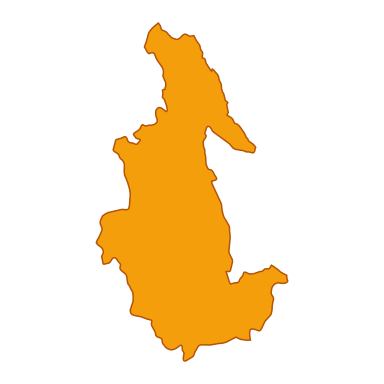 an SVG outline of Ayacucho
{"feature_id": "PER-586", "entity_name": "Ayacucho", "entity_type": "Department", "adm_level": 1, "iso_a3": "PER", "parent_name": "Peru", "parent_adm1": "", "projection": "natural_earth1", "projection_center": [-74.059, -13.878], "detail": "fine", "context": "isolated", "style": "filled", "palette": "amber", "viewbox_px": 384, "rotation_deg": 0, "n_neighbors": 0, "source": "natural_earth", "source_scale": "10m", "svg_char_len": 6027}
<svg xmlns="http://www.w3.org/2000/svg" viewBox="0 0 384 384"><path d="M193.9,35.7L196.2,40.3L199.4,44.8L199.9,45.9L200.4,48.5L200.8,49.7L201.6,51.1L202.2,51.7L202.5,52.4L202.6,54.1L202.2,56.8L202.5,57.9L204.0,58.4L204.9,59.0L205.4,60.4L206.0,63.1L210.5,70.0L211.7,71.1L212.3,69.1L213.6,70.0L217.7,74.8L218.4,76.2L219.1,79.5L219.7,81.2L220.9,83.5L221.3,84.7L221.5,88.3L222.4,91.8L223.4,93.3L224.0,94.9L225.2,99.9L225.6,100.9L227.0,101.6L227.6,102.2L227.8,102.9L227.4,103.2L226.7,104.9L228.3,112.5L227.1,114.6L227.1,115.3L228.5,116.0L231.4,117.8L232.6,119.0L234.3,122.7L234.8,123.3L237.5,124.3L239.9,126.7L244.2,132.9L246.3,137.2L247.9,139.1L248.3,140.4L248.9,141.2L252.9,144.0L255.1,146.4L255.7,147.4L255.3,148.4L254.6,151.3L254.0,152.3L253.2,152.8L252.3,152.8L249.4,152.0L248.3,151.9L246.9,151.9L245.9,151.7L244.2,150.9L243.4,150.7L235.4,149.3L233.0,148.0L229.7,144.1L228.3,142.9L213.8,132.3L212.2,130.7L211.1,128.5L210.0,127.2L209.1,126.5L208.1,126.3L207.3,126.7L206.7,127.4L206.4,128.3L205.8,130.4L205.0,132.1L204.8,133.0L205.1,133.9L206.2,135.9L205.6,137.7L203.7,140.4L203.3,141.8L203.2,143.2L203.6,146.6L203.8,147.5L204.7,149.4L204.8,152.9L205.6,156.6L206.0,163.3L206.3,164.8L207.5,167.8L208.1,168.8L208.9,169.4L211.1,169.9L211.8,170.4L212.4,171.0L212.9,171.8L214.8,175.3L216.5,177.9L216.5,179.3L216.1,179.7L215.1,180.2L211.6,181.3L212.0,183.6L221.4,204.0L222.1,210.5L223.1,214.6L223.8,216.6L224.4,218.0L226.4,221.1L229.1,226.0L229.5,227.6L229.6,229.0L229.5,230.5L230.0,234.6L230.1,238.4L228.9,251.1L229.0,252.8L231.0,256.9L232.4,259.8L232.5,262.0L230.5,270.2L229.9,271.2L229.0,271.6L227.0,271.5L226.2,271.6L226.3,272.2L229.5,282.5L230.7,284.0L234.5,282.9L237.1,282.7L237.9,282.4L238.6,281.9L239.1,281.1L239.9,279.3L240.4,278.4L242.2,276.4L242.7,275.7L243.1,274.7L243.7,272.8L244.2,272.2L245.1,272.2L245.9,272.4L247.9,273.3L249.2,273.8L250.2,273.9L251.1,274.0L253.1,273.7L255.0,273.3L258.5,272.0L260.3,271.5L261.8,271.4L262.5,271.0L263.2,270.5L264.4,269.2L265.2,268.9L266.1,268.8L267.5,268.9L268.6,268.8L269.5,268.4L270.0,267.7L270.8,266.1L271.4,265.2L273.8,266.6L275.5,268.0L277.6,269.3L280.2,271.7L281.3,272.5L286.7,275.3L286.9,278.4L287.7,280.7L287.6,281.6L287.0,282.2L286.2,282.7L284.4,283.3L283.4,283.4L282.3,283.4L278.5,282.9L277.5,282.9L276.5,283.2L274.9,284.0L274.2,284.5L273.1,285.7L272.2,287.1L271.8,288.2L271.1,292.7L271.7,294.8L272.9,296.5L273.4,297.8L273.5,299.0L273.4,300.1L272.9,301.6L272.3,305.4L272.0,310.2L271.1,314.2L270.1,315.7L265.2,321.0L264.6,322.0L261.9,328.0L260.9,329.6L260.4,330.2L259.7,330.7L259.1,330.8L258.4,330.7L255.9,329.7L254.0,329.2L252.2,329.0L251.3,329.1L250.5,329.5L250.0,330.3L249.6,333.2L249.9,337.3L250.4,340.1L246.9,340.2L240.7,339.4L239.1,338.7L238.4,338.3L235.9,337.2L226.1,342.2L222.5,343.2L218.7,343.5L210.1,345.0L201.3,344.8L199.8,345.2L198.7,345.8L198.1,346.5L194.8,352.3L193.8,355.2L193.2,356.2L192.3,357.0L186.0,360.8L184.6,361.0L183.8,360.6L183.4,359.7L183.3,358.7L183.3,357.8L184.0,353.5L183.8,352.5L183.4,351.8L182.5,350.4L182.3,349.9L182.2,347.1L181.9,346.1L181.2,345.3L180.4,345.3L179.6,345.7L177.6,347.4L175.6,348.6L173.6,349.4L172.5,349.7L171.6,349.8L170.0,349.6L168.2,349.0L167.4,348.5L165.9,347.5L163.1,344.0L162.6,343.1L162.3,342.2L162.1,341.3L162.0,339.3L160.4,338.0L157.2,336.8L156.3,335.9L155.7,334.9L155.6,333.8L155.1,332.1L154.2,330.2L152.3,326.8L151.5,324.9L151.4,323.4L151.8,321.5L151.7,320.6L151.0,320.1L150.2,319.8L147.2,319.1L140.9,316.7L134.5,315.5L132.2,314.6L131.4,313.9L130.8,313.1L130.5,312.2L130.2,310.1L133.0,301.6L133.1,300.1L133.2,296.9L132.9,293.3L132.6,292.2L132.2,291.2L130.7,288.8L129.6,286.0L128.0,284.0L127.3,281.2L127.0,278.2L126.7,276.4L126.3,275.2L125.2,273.7L121.6,270.8L120.8,270.0L120.0,268.5L120.0,267.3L120.5,264.7L120.2,263.8L118.1,261.4L117.2,259.9L116.4,258.9L115.6,258.1L114.8,257.8L113.9,257.7L113.1,258.1L112.4,258.6L110.4,261.7L109.8,262.4L109.1,262.9L108.3,263.2L104.0,264.2L103.2,263.9L102.9,263.2L102.6,260.7L101.6,256.6L103.3,252.7L103.2,250.5L102.3,248.8L101.8,248.0L101.2,247.3L97.6,244.6L96.3,242.8L96.9,241.0L97.6,239.4L98.6,238.0L101.7,231.0L102.2,229.2L101.7,227.5L100.2,223.6L100.2,222.0L100.5,220.5L100.9,219.5L102.6,215.9L104.6,214.4L108.0,212.6L121.9,209.4L126.4,209.7L127.7,209.5L128.4,208.9L129.0,207.6L129.4,205.8L130.3,194.3L129.6,189.2L127.7,182.6L124.6,174.9L124.2,171.9L124.4,164.4L124.0,162.8L123.3,161.5L122.5,160.4L120.5,158.6L120.0,157.9L119.5,157.1L118.9,155.1L118.3,154.3L117.0,153.2L114.7,151.7L114.0,151.2L113.5,150.5L113.2,149.7L115.6,140.5L116.0,139.9L116.5,139.5L120.7,138.4L123.9,136.9L124.7,136.7L125.5,136.8L126.3,137.4L126.8,138.2L128.0,141.2L128.4,141.8L129.3,142.4L130.6,142.8L133.0,143.1L135.2,144.1L137.0,144.2L139.9,140.8L140.3,140.0L140.1,139.5L138.9,139.0L137.8,138.9L136.0,138.1L133.5,134.5L133.8,133.6L134.9,132.6L138.9,130.0L140.0,128.6L141.4,125.8L141.9,125.1L142.5,124.7L143.1,124.9L144.6,125.7L145.4,125.9L146.4,125.9L148.2,125.4L149.1,125.2L150.9,125.3L153.8,124.6L155.0,124.0L156.4,122.9L157.1,121.6L157.2,120.5L157.2,119.6L156.9,118.6L156.2,116.9L155.7,114.7L155.7,112.4L155.8,111.2L156.1,110.2L156.6,109.4L157.2,108.7L157.8,108.1L158.6,107.7L159.7,107.5L160.9,107.8L162.7,108.9L165.3,111.0L166.0,111.4L166.5,111.5L167.2,110.4L167.1,108.0L166.8,106.5L164.4,99.6L162.4,97.3L162.8,94.2L162.9,93.3L162.5,90.3L163.1,89.7L163.6,89.4L164.8,89.6L165.0,89.5L165.1,89.1L165.1,87.7L165.7,86.3L165.8,85.3L165.7,82.8L165.3,81.8L163.5,77.6L163.0,76.2L162.9,75.2L163.3,74.2L163.4,73.0L163.4,71.1L163.2,70.0L162.8,68.5L161.9,66.9L157.7,60.9L156.1,58.1L154.5,53.9L154.1,53.4L153.5,53.0L152.2,52.7L151.0,52.8L149.9,53.4L148.9,53.6L147.5,52.4L144.4,46.9L146.3,41.7L148.6,33.3L149.1,32.2L149.9,31.0L152.8,27.6L158.3,23.0L159.8,25.0L160.2,25.6L160.7,27.0L161.1,28.7L161.5,29.5L161.7,29.8L162.4,30.2L165.3,31.4L166.1,31.9L166.7,32.3L168.4,34.5L169.7,35.7L170.9,37.0L171.6,37.6L172.5,38.1L176.1,39.3L176.7,39.4L177.5,39.3L179.0,38.7L180.2,37.9L182.3,35.5L184.2,34.3L184.8,34.2L185.6,34.2L186.9,34.7L189.2,36.1L190.4,36.2L193.9,35.7Z" fill="#f59e0b" stroke="#b45309" stroke-width="1.5"/></svg>